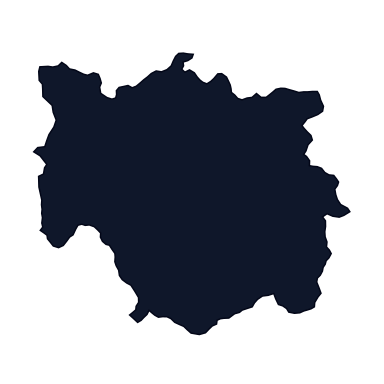 outline of Laranja da Terra, Espírito Santo, Brazil, rotated 354°
{"feature_id": "56859067B33263389973622", "entity_name": "Laranja da Terra", "entity_type": "district", "adm_level": 2, "iso_a3": "BRA", "parent_name": "Brazil", "parent_adm1": "Espírito Santo", "projection": "mercator", "projection_center": [-41.056, -19.874], "detail": "fine", "context": "isolated", "style": "filled", "palette": "ink", "viewbox_px": 384, "rotation_deg": 354, "n_neighbors": 0, "source": "geoboundaries", "source_scale": "gbopen_adm2", "svg_char_len": 3122}
<svg xmlns="http://www.w3.org/2000/svg" viewBox="0 0 384 384"><g transform="rotate(354 192 192)"><path d="M37.1,214.3L40.7,217.4L43.3,219.8L43.4,223.4L45.7,226.9L48.4,231.2L53.5,233.4L58.4,231.7L62.3,227.7L65.6,224.0L69.2,222.2L72.5,216.7L75.1,213.1L79.0,212.5L82.3,214.0L86.4,214.0L91.2,216.3L94.3,219.9L96.9,223.3L96.2,227.3L97.8,231.7L101.0,235.1L104.3,236.3L106.5,240.7L108.9,245.0L108.8,248.7L108.0,253.3L108.9,257.4L110.9,262.1L111.1,267.5L113.5,271.9L117.6,275.7L121.5,278.3L124.8,284.8L127.8,291.3L127.4,296.2L124.5,299.8L123.8,303.3L120.2,305.8L117.1,307.8L120.6,311.7L124.3,316.0L128.0,314.3L131.0,311.7L134.4,309.1L136.9,305.2L139.5,308.0L142.1,310.6L145.5,313.0L149.6,312.9L154.0,313.4L157.8,315.7L161.2,319.8L165.4,322.3L169.8,324.8L172.9,328.5L176.3,332.2L184.4,334.5L190.7,333.4L194.6,330.1L198.2,327.3L202.6,325.9L203.5,322.2L207.0,321.0L210.5,320.9L215.5,321.2L221.7,317.5L226.6,316.7L229.6,314.7L235.1,313.5L239.9,312.5L242.5,308.8L246.0,305.6L251.2,302.8L257.0,302.7L262.7,301.5L264.1,307.0L266.2,312.9L270.3,314.7L273.9,317.8L275.7,321.6L281.2,323.3L286.6,323.4L290.7,322.0L294.2,321.4L298.2,320.6L301.7,319.0L302.5,314.7L306.4,309.5L309.7,306.2L308.2,300.3L306.6,294.6L307.7,290.7L310.9,288.1L313.4,284.4L314.5,280.7L316.9,277.8L318.2,274.4L321.2,271.9L324.0,267.8L322.5,264.1L320.0,260.7L321.0,255.8L319.7,250.5L319.9,245.4L321.2,240.3L321.7,234.6L319.2,230.4L324.0,227.7L329.5,230.8L335.8,232.4L340.6,231.1L346.9,228.1L345.0,224.4L338.5,220.0L335.8,214.7L334.7,209.7L334.3,204.1L337.3,200.8L338.8,197.4L337.1,194.2L334.7,190.3L330.0,189.3L326.1,186.5L323.3,182.0L319.2,179.9L314.9,179.1L311.5,178.1L312.2,173.2L309.6,168.6L307.0,166.3L309.6,163.1L312.3,157.2L317.1,152.9L316.2,148.2L312.7,144.0L310.1,140.4L308.3,137.4L311.7,134.0L314.2,131.2L319.2,129.9L325.2,128.1L330.3,125.3L331.7,120.5L329.5,114.0L328.7,108.7L327.1,105.1L321.7,104.6L317.1,104.5L313.4,104.1L308.6,104.2L304.2,102.3L299.9,100.6L295.3,98.7L291.2,98.1L286.3,98.6L282.9,101.0L279.7,103.1L275.7,105.6L270.6,105.1L266.4,100.8L261.6,104.2L256.6,104.3L251.4,105.6L247.2,103.7L244.6,100.0L241.6,97.1L241.6,93.3L241.2,89.6L240.0,86.0L238.3,81.3L233.9,77.4L230.0,77.2L225.5,81.5L222.2,84.0L218.1,86.0L214.2,84.0L211.6,81.5L209.2,78.2L206.8,73.7L202.3,70.3L197.4,72.1L194.6,68.8L196.8,65.6L196.7,61.8L201.5,60.9L205.9,58.7L207.6,55.2L202.2,54.2L197.9,53.0L193.3,52.8L189.9,55.4L187.1,59.7L184.5,64.4L179.9,67.7L174.2,69.3L169.0,67.9L163.9,69.9L159.8,72.9L155.7,75.4L152.5,77.7L147.6,81.0L143.4,82.1L139.5,79.4L135.2,79.9L130.4,80.4L127.4,83.3L127.2,87.2L125.9,90.5L122.1,91.3L117.3,89.2L111.5,84.3L111.1,78.0L113.2,74.1L112.4,69.5L111.1,65.2L106.4,63.2L100.4,65.0L96.6,63.6L92.8,61.3L88.4,58.5L83.0,56.8L80.2,53.0L76.0,49.5L72.1,52.6L66.6,53.2L62.0,52.0L57.7,51.8L53.8,51.6L52.2,56.0L51.7,65.0L54.5,69.1L54.3,73.6L53.7,81.5L62.0,91.3L62.3,98.2L64.5,106.3L61.4,113.0L55.8,119.9L52.9,125.8L50.3,131.6L43.2,131.7L38.8,135.5L44.7,140.1L50.5,149.4L47.9,152.5L46.2,158.6L41.1,160.4L40.3,171.2L41.8,184.4L41.0,189.0L41.1,193.6L40.3,197.5L40.6,201.9L39.4,207.2L39.9,211.3L37.1,214.3Z" fill="#0f172a" stroke="#020617" stroke-width="1.5"/></g></svg>